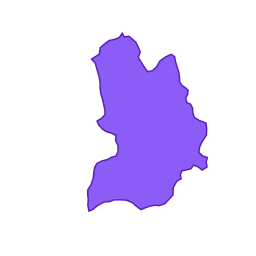 outline of São José do Alegre, Minas Gerais, Brazil, rotated 237°
{"feature_id": "56859067B14852467328130", "entity_name": "São José do Alegre", "entity_type": "district", "adm_level": 2, "iso_a3": "BRA", "parent_name": "Brazil", "parent_adm1": "Minas Gerais", "projection": "albers", "projection_center": [-45.516, -22.321], "detail": "fine", "context": "isolated", "style": "filled", "palette": "violet", "viewbox_px": 256, "rotation_deg": 237, "n_neighbors": 0, "source": "geoboundaries", "source_scale": "gbopen_adm2", "svg_char_len": 1471}
<svg xmlns="http://www.w3.org/2000/svg" viewBox="0 0 256 256"><g transform="rotate(237 128 128)"><path d="M210.6,174.8L208.6,169.9L209.7,164.7L211.6,159.9L211.4,155.2L210.5,148.5L205.5,144.0L205.6,135.0L200.0,135.9L195.6,134.4L191.3,133.1L186.8,131.7L181.2,129.3L176.3,126.1L171.1,123.7L166.3,122.4L160.5,120.3L154.9,118.0L151.7,116.0L150.5,111.1L150.7,105.8L146.4,105.1L141.1,105.9L136.7,107.9L133.0,111.1L128.2,113.9L124.3,110.7L118.9,110.1L113.9,107.0L111.0,102.8L112.4,98.3L112.8,93.3L114.6,88.0L115.2,82.7L113.2,78.6L109.6,75.4L104.9,71.5L100.5,66.0L98.1,60.7L94.1,57.9L90.2,56.1L85.1,52.3L79.6,50.0L78.8,54.3L79.6,60.2L79.0,67.5L76.2,72.9L75.3,77.1L72.4,81.8L68.5,87.2L63.4,90.8L57.8,92.5L52.5,94.4L51.7,98.9L50.5,103.9L48.5,108.6L45.9,112.0L44.4,117.5L45.8,123.3L47.4,129.3L53.5,133.6L56.8,139.9L56.5,144.8L60.2,146.4L62.8,149.8L60.9,154.7L59.6,158.6L61.2,162.8L56.9,165.8L52.3,167.3L52.3,173.1L56.9,175.1L60.0,178.4L63.8,175.5L68.9,174.1L72.9,177.6L75.7,181.9L77.4,185.5L79.4,190.0L84.9,193.8L89.6,196.1L95.8,191.7L100.8,189.4L105.5,190.6L109.4,193.0L114.0,193.4L117.0,191.2L121.7,192.7L123.5,196.1L127.0,199.0L130.8,197.9L134.5,196.4L138.5,196.4L142.3,198.7L147.1,201.0L153.9,202.8L158.7,204.3L162.5,206.0L166.3,204.3L167.1,198.4L166.8,191.2L163.6,185.1L162.8,179.5L164.6,175.1L171.3,174.8L176.3,175.0L181.6,175.0L184.9,179.5L189.9,180.6L195.6,181.2L200.4,180.0L204.5,178.7L206.5,174.4L210.6,174.8Z" fill="#8b5cf6" stroke="#5b21b6" stroke-width="1.5"/></g></svg>